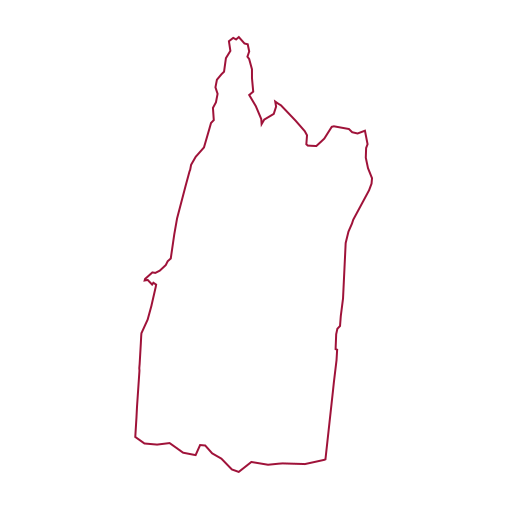 outline of Vega Baja, Puerto Rico, rotated 185°
{"feature_id": "32010507B42725289573863", "entity_name": "Vega Baja", "entity_type": "district", "adm_level": 2, "iso_a3": "PRI", "parent_name": "Puerto Rico", "parent_adm1": "", "projection": "equal_earth", "projection_center": [-66.393, 18.418], "detail": "fine", "context": "isolated", "style": "outline", "palette": "rose", "viewbox_px": 512, "rotation_deg": 185, "n_neighbors": 0, "source": "geoboundaries", "source_scale": "gbopen_adm2", "svg_char_len": 1738}
<svg xmlns="http://www.w3.org/2000/svg" viewBox="0 0 512 512"><g transform="rotate(185 256 256)"><path d="M360.5,65.2L350.8,59.5L338.1,59.5L325.8,62.1L322.5,60.2L311.5,53.7L301.0,52.6L298.8,52.4L297.7,55.6L295.2,62.8L294.7,62.8L290.1,62.8L282.5,55.6L276.5,52.8L276.2,52.7L272.8,51.1L270.7,49.3L261.5,41.3L260.9,41.1L258.5,40.5L255.5,39.7L254.4,39.4L243.1,50.0L242.7,50.4L227.2,49.2L225.8,49.1L215.2,51.1L211.5,51.7L192.6,52.8L189.1,53.0L180.7,55.6L170.2,58.9L169.1,59.5L167.6,127.2L167.4,137.5L166.7,159.2L167.0,169.7L168.6,170.2L169.3,185.1L168.6,190.6L166.2,193.6L166.3,203.7L165.6,221.2L167.8,276.8L166.0,288.4L163.2,296.7L162.3,300.6L149.1,331.3L147.2,338.2L147.2,343.6L152.1,353.3L155.2,363.5L155.7,373.2L154.6,377.1L158.4,390.3L165.5,386.9L171.0,387.7L174.5,390.6L189.7,392.0L191.8,391.3L198.2,378.9L200.5,376.3L205.5,370.8L214.0,370.5L215.6,371.7L215.7,380.7L218.3,384.6L228.3,394.2L244.3,408.3L247.0,409.6L250.3,411.5L249.0,406.6L250.7,399.1L259.7,392.6L261.9,387.9L262.7,392.9L269.2,405.2L276.8,415.8L273.1,419.5L275.5,432.8L276.3,441.7L280.0,451.7L281.9,453.8L280.6,459.2L282.7,466.2L286.0,466.7L292.2,472.6L294.7,470.0L297.7,471.3L301.7,467.6L299.4,458.1L303.2,450.5L303.9,436.8L306.2,434.1L310.3,428.2L311.1,420.5L308.4,414.2L309.3,405.6L311.8,399.8L309.9,387.7L312.4,384.6L313.8,377.3L317.3,359.6L324.7,349.6L328.6,341.2L329.1,336.1L329.6,334.5L332.2,320.0L337.9,286.6L339.3,270.5L340.7,246.1L343.5,243.1L345.1,239.1L350.6,233.0L354.8,230.4L357.8,230.6L364.5,223.5L364.8,221.9L361.8,222.7L357.0,218.5L355.9,220.4L353.0,218.8L353.2,216.4L355.9,196.9L358.4,183.2L363.4,169.1L363.4,166.8L363.1,158.4L362.5,138.2L362.5,134.1L362.1,131.6L361.4,95.4L361.0,84.5L360.5,65.2Z" fill="none" stroke="#9f1239" stroke-width="2"/></g></svg>